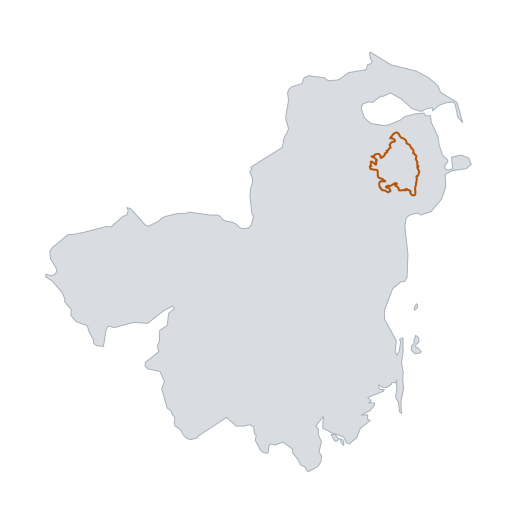 Lara highlighted on a map of Venezuela, rotated 94°
{"feature_id": "VEN-34", "entity_name": "Lara", "entity_type": "State", "adm_level": 1, "iso_a3": "VEN", "parent_name": "Venezuela", "parent_adm1": "", "projection": "natural_earth1", "projection_center": [-69.693, 10.08], "detail": "fine", "context": "in_parent", "style": "outline", "palette": "amber", "viewbox_px": 512, "rotation_deg": 94, "n_neighbors": 0, "source": "natural_earth", "source_scale": "10m", "svg_char_len": 8586}
<svg xmlns="http://www.w3.org/2000/svg" viewBox="0 0 512 512"><g transform="rotate(94 256 256)"><path d="M461.4,179.4L467.3,188.2L466.7,190.3L463.1,192.3L461.1,197.3L456.5,199.5L450.2,205.5L446.1,206.1L439.7,216.1L443.3,223.9L442.5,227.9L444.0,229.9L451.5,230.1L452.2,232.2L451.3,235.4L450.0,237.5L439.9,243.9L435.0,243.3L433.0,245.2L426.5,246.6L424.7,250.5L426.4,255.6L427.1,264.0L419.0,274.0L439.4,300.7L441.6,302.1L443.7,308.2L443.0,311.9L439.4,316.2L434.3,319.4L431.3,324.9L428.2,326.0L422.6,325.6L419.9,328.6L416.4,329.7L414.1,333.9L395.3,340.7L387.3,338.6L377.9,343.6L376.2,356.2L373.4,359.0L369.9,359.0L358.3,346.3L352.4,348.2L348.4,346.4L336.9,346.9L331.5,339.7L319.5,339.2L314.9,334.4L312.8,334.3L311.9,335.9L316.6,343.9L330.7,359.3L330.7,373.1L337.3,392.4L336.2,398.6L340.0,400.4L356.8,401.9L356.6,408.7L354.4,411.8L351.1,412.4L342.5,417.6L337.4,419.3L334.1,430.6L331.2,433.8L328.1,436.5L322.4,436.6L314.8,443.8L312.0,443.7L305.5,447.3L295.0,457.8L291.5,464.2L288.9,464.3L290.0,458.7L288.6,455.7L286.2,454.1L283.9,453.8L280.9,455.3L273.1,460.8L265.6,462.0L261.6,459.5L247.6,444.9L247.3,440.0L244.1,428.4L236.9,406.8L237.1,402.6L225.9,391.8L224.3,388.0L219.7,386.6L216.8,388.0L217.5,384.4L232.6,368.8L233.9,365.5L228.0,355.5L224.8,352.7L222.9,349.2L219.1,337.1L218.1,327.8L216.9,325.9L218.4,303.2L217.8,298.2L218.9,294.4L221.9,291.8L223.5,287.8L223.8,282.3L225.6,277.9L228.7,274.3L229.8,270.9L228.5,265.3L225.8,263.0L216.7,261.3L214.2,263.0L197.5,266.1L189.3,266.1L183.0,264.6L178.2,265.1L172.6,268.2L169.9,266.4L167.7,267.3L145.7,237.2L137.6,236.5L126.7,232.3L118.1,235.7L114.5,236.0L99.1,234.4L90.6,235.9L87.0,234.4L84.6,232.0L80.8,222.1L74.9,220.5L72.5,216.5L73.4,200.5L76.1,196.1L75.1,188.9L74.3,185.4L66.6,176.5L62.5,159.1L57.4,158.1L55.9,154.3L54.3,153.6L50.1,156.0L45.7,156.9L44.7,156.0L56.0,134.4L60.4,108.9L66.0,96.4L73.6,86.3L79.8,83.3L88.8,66.2L108.7,59.1L103.5,64.3L91.6,67.7L88.9,69.7L89.2,75.4L92.6,83.5L98.7,89.9L95.9,90.6L97.1,96.4L100.0,100.4L100.1,102.9L97.9,110.6L88.8,122.8L83.9,133.4L87.6,139.7L88.1,142.9L94.8,150.8L94.2,153.9L97.1,160.4L101.8,161.3L111.0,157.2L115.9,150.4L116.9,137.4L116.0,132.8L110.4,121.5L106.6,117.2L103.2,107.4L101.7,98.5L104.3,96.4L104.0,91.7L110.4,90.5L124.2,82.9L132.8,80.9L142.5,76.9L146.8,71.6L148.3,71.2L153.4,74.3L155.9,73.2L156.9,70.8L155.5,66.0L143.8,67.8L140.9,58.3L143.5,50.6L149.7,47.7L154.1,52.2L157.2,65.9L161.3,73.0L173.7,71.6L186.3,74.8L199.7,84.6L203.6,94.8L202.0,97.4L202.9,101.7L204.8,106.1L207.7,108.8L216.1,109.6L243.6,104.6L266.7,103.8L271.1,105.9L271.6,109.6L279.1,117.4L301.6,124.2L310.3,123.2L330.9,110.1L342.0,110.5L345.1,108.5L341.0,106.5L331.8,105.7L329.0,107.0L327.5,103.7L340.7,102.6L352.4,103.4L362.0,101.0L369.5,101.1L377.2,99.5L391.5,101.3L402.8,99.8L401.5,102.0L391.8,103.7L387.2,106.9L377.5,106.3L370.6,107.4L372.8,108.3L372.8,111.6L374.8,112.2L377.8,116.2L378.5,119.5L376.1,124.7L378.9,124.2L380.5,122.5L380.4,118.8L382.0,119.5L389.3,134.6L392.3,131.0L394.5,133.2L394.4,127.5L396.8,127.6L402.1,131.4L407.5,140.1L406.6,133.5L410.9,133.4L412.1,130.6L420.8,140.0L430.1,142.8L437.0,149.9L435.5,153.4L431.5,155.2L429.9,157.4L426.8,168.7L423.0,177.5L411.4,177.6L421.3,184.4L424.7,181.6L429.6,181.4L436.9,177.8L446.9,179.4L451.3,176.5L456.7,176.9L461.4,179.4ZM341.3,85.7L342.4,90.4L339.3,94.5L335.0,94.6L331.7,91.9L329.9,92.6L324.1,91.1L325.8,88.6L330.0,87.3L333.2,90.2L335.8,90.4L336.4,88.0L340.0,84.4L341.3,85.7ZM435.0,164.8L428.8,168.6L428.5,164.9L433.2,160.5L435.3,163.2L435.0,164.8ZM298.9,93.8L297.2,94.6L292.6,92.7L293.6,91.4L296.1,91.4L298.9,93.8ZM436.2,158.0L432.4,159.2L433.5,156.5L437.4,155.1L438.8,155.6L436.2,158.0Z" fill="#d9dde1" stroke="#a8b0b8" stroke-width="1"/><path d="M181.7,131.9L181.5,133.8L181.5,134.2L181.6,134.6L180.5,135.8L180.4,135.9L179.6,136.2L179.4,136.3L179.4,136.6L179.3,136.8L179.2,136.9L179.2,137.1L178.9,137.3L177.1,137.9L175.5,138.1L174.3,138.0L174.0,137.9L173.8,137.7L173.5,137.5L172.9,136.9L172.7,136.6L172.6,136.3L172.6,136.0L172.7,135.6L172.8,135.2L172.8,134.6L172.6,133.8L172.5,132.5L172.5,132.4L172.3,132.4L172.1,132.5L171.9,132.8L171.3,134.2L170.4,135.1L169.7,137.7L169.5,138.4L169.2,139.1L168.4,139.8L167.5,140.1L165.9,140.2L164.4,140.4L163.4,140.5L162.5,140.6L162.1,141.0L161.8,141.5L161.5,142.4L161.5,142.8L161.6,143.3L161.7,143.8L161.8,144.0L161.8,144.5L161.7,144.7L161.3,145.9L161.3,146.2L161.3,146.5L161.4,146.8L161.4,147.1L161.4,147.3L161.4,147.5L160.9,148.0L158.9,148.7L158.5,148.3L158.4,147.9L158.4,147.7L158.3,147.3L158.1,147.3L157.9,147.4L157.6,147.6L157.2,147.9L154.4,148.0L154.2,148.0L153.9,148.0L153.8,147.7L153.7,147.5L153.8,147.3L154.2,146.3L154.4,145.8L154.6,145.6L155.2,144.7L156.3,143.5L156.4,143.3L156.4,143.1L156.4,142.9L156.4,142.7L156.2,142.6L155.7,142.6L155.4,142.6L155.2,142.5L154.9,142.4L154.7,142.4L154.5,142.5L153.4,143.0L153.1,143.0L152.9,143.0L152.8,142.8L152.7,142.7L152.2,142.3L152.1,142.2L151.8,142.3L151.5,142.5L149.6,145.0L149.4,145.5L149.2,146.6L149.0,147.1L148.7,147.4L147.9,145.3L147.8,145.1L147.7,145.0L146.7,144.5L146.4,144.2L146.1,143.4L145.6,141.3L145.6,141.1L145.6,140.9L145.6,140.6L145.7,140.4L145.9,140.1L146.1,140.0L147.1,139.1L147.3,139.0L147.4,138.8L147.6,138.8L147.8,138.8L148.3,138.9L148.5,138.9L149.2,138.3L149.3,138.1L149.3,137.7L149.2,137.4L148.7,136.8L147.5,135.8L147.4,135.5L147.2,135.2L146.8,134.9L146.6,134.8L146.3,134.7L145.2,134.7L144.8,134.5L144.5,134.3L143.8,133.0L143.7,132.9L143.2,132.4L142.8,132.4L142.7,132.5L142.1,133.0L141.8,132.7L141.5,132.3L141.1,131.3L140.0,131.0L139.5,130.9L139.4,130.5L139.0,129.7L138.8,129.4L138.4,129.4L137.2,129.6L136.9,129.8L136.4,130.1L135.9,130.5L135.6,130.5L134.9,130.0L134.2,129.5L133.7,129.3L133.2,128.9L132.7,127.7L132.3,127.1L132.3,126.8L132.2,126.0L132.1,125.6L131.7,125.4L131.3,125.4L130.8,125.6L130.3,125.9L129.9,126.6L129.1,128.3L129.2,130.2L128.5,130.1L128.1,129.8L126.5,128.6L125.7,128.2L124.6,127.3L123.6,126.0L123.1,125.1L123.0,124.2L123.3,123.1L124.1,122.3L127.2,120.2L127.6,119.7L127.8,119.3L128.0,118.8L128.1,118.1L128.4,117.2L128.7,116.6L129.1,116.0L129.3,115.7L129.5,115.4L129.9,114.9L130.7,114.3L131.3,114.0L132.0,113.8L132.6,113.7L133.1,113.6L133.2,113.3L133.4,112.9L133.7,112.4L133.8,111.9L134.2,111.0L134.4,110.5L135.1,109.9L135.7,109.6L136.2,109.5L136.9,109.2L137.2,108.8L137.5,108.2L137.7,107.9L138.1,107.5L139.0,107.1L139.2,106.9L139.5,106.5L139.7,106.3L140.2,106.2L141.0,106.2L142.1,106.5L142.6,105.9L142.6,105.7L142.8,105.5L143.0,105.2L143.5,104.9L144.0,104.6L144.3,103.7L144.5,103.4L144.7,103.2L144.9,103.1L145.1,103.0L145.4,103.0L146.3,103.0L147.8,103.4L148.0,103.4L148.3,103.3L148.8,103.0L149.2,102.7L150.2,102.2L150.7,101.7L151.0,101.6L151.4,101.6L151.6,101.7L151.9,101.7L152.1,101.7L152.3,101.7L152.5,101.5L152.8,101.5L153.1,101.5L153.4,101.5L153.7,101.5L153.9,101.4L154.4,101.1L154.8,100.7L155.0,100.4L155.3,100.2L155.5,100.2L155.7,100.3L155.8,100.6L155.6,100.8L155.3,101.0L155.4,101.3L155.5,101.3L156.0,101.3L156.3,101.3L157.7,100.7L158.8,100.1L160.3,99.0L160.5,99.0L160.9,99.0L162.5,99.6L164.2,99.8L164.7,100.1L164.8,100.3L164.9,100.5L165.0,100.9L165.1,101.1L165.1,101.3L165.4,101.5L165.7,101.5L167.1,101.1L167.5,100.9L172.1,101.3L172.3,101.4L172.6,101.5L172.8,101.5L173.4,101.4L173.6,101.4L177.0,102.0L178.3,102.0L179.1,101.8L179.9,101.5L180.1,101.5L180.4,101.6L181.5,101.6L182.2,101.4L183.3,101.4L183.8,101.6L183.9,101.8L184.1,102.0L184.5,102.8L184.5,103.3L184.5,104.2L184.4,104.4L184.3,104.7L184.0,105.0L182.6,106.2L182.1,106.5L181.7,106.7L181.0,106.5L180.9,106.4L180.6,106.5L180.3,106.6L180.1,106.8L180.0,107.2L179.6,108.6L179.5,109.2L179.4,109.4L179.3,109.5L178.9,109.7L178.8,110.0L178.7,110.8L178.7,111.1L178.8,111.3L179.1,111.5L179.3,111.6L179.5,111.6L179.9,111.3L180.0,111.3L180.1,111.6L179.9,113.4L180.0,113.8L180.1,114.2L180.5,116.0L180.5,117.3L180.5,117.7L180.0,117.9L179.9,118.2L179.8,118.3L179.6,118.4L179.2,118.3L178.9,118.3L178.6,118.4L177.3,119.4L177.1,119.6L177.0,119.8L177.0,120.2L176.9,120.6L176.8,120.8L176.6,121.1L176.4,121.4L176.1,121.8L176.0,122.0L175.9,122.1L175.5,122.1L175.3,121.9L174.7,120.9L174.1,120.5L173.9,120.7L173.7,121.0L173.6,121.3L173.5,121.6L173.6,122.0L173.9,122.7L174.4,123.6L174.5,123.7L174.6,124.0L175.6,125.1L176.4,126.2L176.5,126.5L176.7,126.9L176.7,127.1L176.6,128.7L176.6,128.9L176.6,129.1L176.7,129.3L176.8,129.5L176.9,129.8L177.4,130.2L177.5,130.4L177.6,130.6L177.6,130.9L177.7,131.0L177.8,131.1L178.1,131.2L178.3,131.1L178.5,130.9L178.7,130.4L178.7,130.0L178.8,129.8L178.7,128.8L178.7,128.5L178.7,128.2L179.3,127.7L181.6,126.4L182.2,126.7L182.4,127.4L183.0,128.7L183.3,128.9L183.3,129.1L182.4,130.2L182.1,130.8L181.7,131.9Z" fill="none" stroke="#b45309" stroke-width="2"/></g></svg>